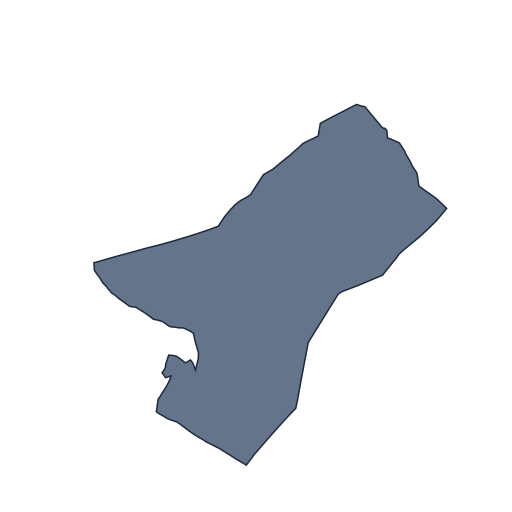 Al-Baaj, Ninawa, Iraq, rotated 215°
{"feature_id": "34846034B31604409144822", "entity_name": "Al-Baaj", "entity_type": "district", "adm_level": 2, "iso_a3": "IRQ", "parent_name": "Iraq", "parent_adm1": "Ninawa", "projection": "mercator", "projection_center": [41.748, 35.687], "detail": "fine", "context": "isolated", "style": "filled", "palette": "slate", "viewbox_px": 512, "rotation_deg": 215, "n_neighbors": 0, "source": "geoboundaries", "source_scale": "gbopen_adm2", "svg_char_len": 2541}
<svg xmlns="http://www.w3.org/2000/svg" viewBox="0 0 512 512"><g transform="rotate(215 256 256)"><path d="M338.8,142.4L337.0,142.4L330.7,142.2L324.9,145.1L315.7,145.6L307.8,145.6L304.0,145.3L298.7,147.5L297.7,147.7L295.5,148.6L291.6,148.7L287.3,148.6L284.9,149.2L282.7,150.6L279.5,152.2L277.8,153.0L274.4,155.3L272.3,155.8L270.3,156.1L269.1,156.3L267.5,156.6L262.9,156.8L261.3,155.3L258.5,152.7L255.4,149.9L254.3,149.1L251.7,147.0L250.1,145.6L248.5,144.4L247.2,143.2L246.2,141.5L244.2,138.4L242.8,134.6L241.1,130.3L240.1,127.9L242.1,129.2L245.7,131.7L247.8,132.6L250.0,133.3L252.1,128.8L252.7,128.0L258.5,128.3L263.4,128.3L265.8,127.4L267.4,126.6L269.1,125.7L270.7,124.7L269.5,120.8L268.7,118.2L268.0,115.6L266.2,112.6L266.0,110.2L265.9,106.4L262.4,105.3L261.6,104.9L260.4,104.4L259.1,105.9L258.0,107.5L256.8,108.9L256.3,107.3L255.7,105.1L255.5,104.1L255.0,101.4L254.6,97.1L254.3,91.6L254.2,87.7L253.9,85.1L254.1,82.9L253.4,81.4L251.8,78.1L250.2,75.1L248.3,71.2L245.4,71.2L239.9,71.7L237.8,71.9L236.3,71.9L235.5,72.0L232.6,72.6L228.8,73.7L225.4,74.7L221.6,74.7L215.5,74.5L211.4,74.3L207.7,74.3L203.8,74.3L201.2,74.5L197.9,74.7L193.3,75.2L191.0,75.1L188.0,75.5L185.2,75.9L182.0,76.4L177.9,76.9L176.6,77.2L174.4,77.4L169.3,77.6L166.0,77.8L163.0,78.0L160.8,78.0L156.3,78.2L151.7,78.6L149.1,78.7L147.9,78.9L144.0,79.1L143.5,92.9L142.3,104.5L141.2,114.8L139.7,127.9L138.1,140.7L136.6,150.9L136.0,153.8L139.0,161.0L147.4,179.2L163.6,215.1L165.5,248.1L166.8,272.0L165.1,276.2L155.2,290.8L141.4,312.8L139.9,335.1L139.9,339.6L138.4,346.2L133.0,365.5L130.6,376.6L128.4,388.7L127.1,404.3L132.4,405.2L140.7,406.4L147.1,406.6L157.7,406.6L162.8,406.8L169.2,413.7L171.9,416.3L179.4,419.3L183.7,421.8L191.3,425.2L194.9,427.4L203.5,430.9L213.2,429.0L215.9,428.0L219.8,432.7L221.3,434.1L223.8,434.5L223.8,433.9L226.4,433.7L246.2,439.0L250.0,440.1L252.4,440.8L253.8,440.1L255.2,439.5L260.6,437.8L264.2,430.9L268.7,422.4L272.3,415.6L276.4,407.6L279.4,401.6L273.9,390.0L277.1,384.1L279.5,380.0L281.7,375.9L282.2,374.5L283.7,367.7L285.1,362.1L285.9,358.3L289.7,345.3L290.9,340.4L292.0,336.8L294.5,331.3L296.6,326.7L295.7,303.0L297.0,299.7L298.9,295.6L300.4,292.7L302.6,285.9L303.0,282.3L303.4,280.6L304.3,269.6L304.0,258.8L309.0,251.5L317.8,239.5L326.1,228.8L333.5,219.4L342.4,208.7L350.1,199.8L358.4,189.7L370.2,175.6L382.9,159.9L384.9,157.5L380.1,151.5L375.7,149.9L370.7,148.2L365.8,146.0L364.0,145.8L360.1,144.9L357.4,143.9L355.2,143.6L353.4,142.9L348.5,143.0L344.2,142.5L341.9,142.5L338.8,142.4Z" fill="#64748b" stroke="#1e293b" stroke-width="1.5"/></g></svg>